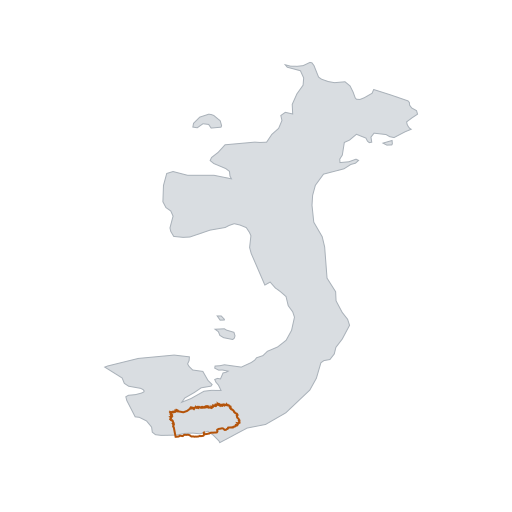 Cémaco, Emberá, Panama (highlighted), rotated 108°
{"feature_id": "35544464B97787935745550", "entity_name": "Cémaco", "entity_type": "district", "adm_level": 2, "iso_a3": "PAN", "parent_name": "Panama", "parent_adm1": "Emberá", "projection": "equal_earth", "projection_center": [-77.717, 8.422], "detail": "fine", "context": "in_parent", "style": "outline", "palette": "amber", "viewbox_px": 512, "rotation_deg": 108, "n_neighbors": 0, "source": "geoboundaries", "source_scale": "gbopen_adm2", "svg_char_len": 8653}
<svg xmlns="http://www.w3.org/2000/svg" viewBox="0 0 512 512"><g transform="rotate(108 256 256)"><path d="M444.7,232.8L443.4,234.0L439.6,241.3L437.5,247.6L442.4,254.2L443.9,261.2L446.7,268.9L451.0,276.5L455.9,290.7L457.0,296.4L455.6,300.2L451.0,302.4L446.7,309.1L445.5,317.2L446.3,321.2L433.4,334.2L430.1,336.3L427.9,334.3L425.1,327.8L421.8,322.6L420.0,320.7L419.0,320.6L418.0,321.9L417.5,324.7L419.2,336.9L417.8,341.9L413.4,345.6L408.4,365.5L406.4,363.0L389.8,336.3L375.5,303.2L372.5,288.2L376.2,287.3L379.8,287.7L381.8,285.4L384.0,281.0L382.2,270.9L389.2,263.2L391.8,258.0L393.7,258.6L398.3,267.4L404.9,272.5L413.0,279.8L418.1,281.5L411.7,273.8L400.7,263.7L397.6,257.0L394.7,247.7L390.4,251.8L388.4,255.1L386.2,257.1L384.3,254.8L383.9,251.8L377.4,251.2L375.8,248.5L374.1,246.9L374.8,252.7L376.1,256.3L375.4,260.6L373.3,260.9L371.5,256.4L369.2,252.4L366.2,235.6L358.8,227.6L355.4,225.0L352.6,224.0L348.6,218.6L343.1,215.7L335.8,207.3L326.8,201.3L315.7,199.2L302.3,200.5L297.8,203.8L294.7,208.1L293.3,210.0L285.3,214.9L282.3,221.9L280.4,227.8L276.4,234.5L280.9,238.6L255.0,261.4L249.9,264.7L238.3,267.1L235.6,269.5L232.0,274.0L231.5,280.9L232.0,286.7L235.4,291.2L238.4,294.1L245.6,307.7L258.4,324.8L260.8,331.1L262.8,340.3L258.9,344.7L255.9,346.5L243.7,347.2L239.5,351.0L237.8,356.6L233.2,361.3L217.5,365.8L205.1,366.4L201.3,361.0L200.4,346.1L192.2,320.7L190.2,303.2L188.1,305.4L183.7,307.4L182.2,311.8L181.1,324.7L179.4,329.1L176.0,328.7L169.1,324.0L159.8,319.8L148.1,292.4L146.8,287.3L144.5,281.1L135.4,278.5L127.6,273.9L119.1,273.2L114.7,275.8L110.3,272.5L109.6,265.0L100.6,268.4L89.2,267.2L79.0,264.0L71.9,265.7L66.1,271.0L66.8,284.6L65.1,287.3L64.8,281.8L62.8,275.3L60.4,270.0L55.2,264.5L55.0,262.5L57.0,259.7L66.5,251.8L67.6,248.4L67.8,241.5L66.9,234.9L62.8,225.2L65.2,219.1L70.1,214.3L75.0,210.5L75.9,208.9L75.0,205.5L72.1,202.0L65.4,195.9L61.3,195.5L61.2,178.0L61.5,159.4L62.6,157.6L65.1,156.5L67.1,153.7L68.2,148.2L71.2,146.2L76.5,150.4L81.9,154.2L84.2,152.9L85.9,151.1L87.1,149.3L87.5,147.6L91.8,152.6L100.7,161.3L101.2,165.7L100.3,169.8L102.7,181.7L107.4,183.4L112.0,181.1L113.2,183.3L112.3,185.5L109.9,187.9L109.2,198.1L116.9,202.9L120.7,207.1L133.3,205.1L138.0,206.3L141.2,205.0L137.7,196.8L133.0,190.8L133.4,188.0L137.0,190.1L139.7,194.2L145.9,199.3L157.3,217.1L170.4,221.4L180.8,220.9L190.5,218.4L206.0,211.5L217.2,199.0L226.2,193.5L255.1,181.6L265.4,169.2L269.7,167.6L273.9,166.0L283.0,156.6L287.9,149.3L293.0,145.6L308.3,148.3L318.2,151.8L325.0,151.3L331.6,153.7L334.5,159.1L337.5,161.3L353.6,160.8L366.9,163.4L395.9,179.2L413.2,194.8L422.4,211.3L444.7,232.8ZM152.9,355.9L149.1,356.4L141.3,352.4L135.7,344.7L135.3,342.2L135.4,339.6L138.5,331.8L142.7,329.0L144.3,329.1L148.2,338.2L145.5,341.7L146.6,347.3L152.2,351.5L152.9,355.9ZM339.6,268.4L338.3,272.3L335.0,263.6L335.6,261.3L335.4,253.4L338.4,251.3L340.7,251.2L342.6,252.3L343.7,261.6L342.7,265.8L339.6,268.4ZM110.1,165.8L109.4,170.1L104.1,162.3L107.2,161.0L108.4,161.2L110.1,165.8ZM328.1,270.3L325.0,274.4L323.8,270.5L326.0,266.5L326.7,266.4L328.1,270.3Z" fill="#d9dde1" stroke="#a8b0b8" stroke-width="1"/><path d="M421.7,221.3L421.6,221.5L421.1,221.2L420.7,221.3L420.6,221.5L420.5,221.0L420.3,220.7L420.1,220.6L419.8,220.6L419.6,220.3L419.1,220.8L418.8,220.6L418.7,220.7L417.7,221.0L417.8,221.3L417.7,221.5L417.4,221.4L417.2,221.2L417.0,221.4L416.6,222.0L416.1,222.4L416.0,222.6L415.8,223.1L415.7,223.6L415.3,224.1L414.9,224.3L414.6,224.3L413.9,224.9L413.7,224.7L413.1,224.8L413.0,224.7L412.9,225.0L412.4,225.2L412.2,225.1L411.9,225.5L412.0,226.2L411.7,226.8L411.7,227.4L411.5,227.8L411.4,228.1L411.2,228.3L410.9,228.5L411.0,228.7L410.8,228.9L410.7,228.8L410.5,229.1L410.1,229.6L409.7,230.1L409.7,230.6L409.4,231.3L409.4,231.6L409.5,231.7L409.4,232.2L409.2,232.2L409.2,232.5L408.8,232.7L408.5,232.9L408.6,233.3L408.4,233.3L408.0,233.4L407.9,233.7L407.7,233.5L407.1,233.7L407.1,234.0L407.0,234.6L406.5,235.3L406.6,235.6L406.5,236.1L406.8,236.3L406.4,236.9L406.5,237.0L406.7,236.9L406.8,237.3L406.8,237.7L406.6,237.7L406.7,237.9L406.6,238.0L406.8,238.0L407.1,238.2L407.2,238.4L407.2,239.2L407.4,239.4L407.1,239.5L407.0,239.3L406.9,239.5L407.0,239.8L407.4,239.9L407.2,240.1L407.3,240.2L407.5,240.3L407.3,240.8L407.9,241.0L408.0,241.6L407.9,241.8L407.8,241.6L407.7,241.9L408.0,242.2L408.3,241.7L408.2,242.0L408.2,242.4L408.4,242.3L408.7,242.1L408.7,241.5L408.9,241.6L409.0,241.8L408.9,242.2L409.0,242.4L408.9,242.6L409.0,242.8L408.8,243.5L409.0,244.0L409.5,244.0L409.3,244.7L409.0,244.5L409.1,244.8L408.8,244.9L408.6,244.8L408.7,245.4L409.1,245.5L409.1,245.8L408.5,245.7L408.3,245.2L408.1,245.5L408.1,245.8L408.7,246.2L408.6,246.4L408.8,246.3L408.9,246.0L409.1,246.1L409.0,246.6L409.4,246.5L409.6,247.2L409.3,247.3L409.3,247.5L409.6,247.9L409.8,247.7L410.0,247.7L409.8,248.2L409.8,248.4L410.2,248.3L410.2,248.1L410.4,248.1L410.5,247.9L410.8,248.2L410.8,247.8L411.0,247.7L411.2,247.8L411.4,248.4L411.3,249.1L411.3,249.3L411.2,249.4L411.0,249.2L410.9,249.4L411.0,249.6L411.3,249.9L411.7,250.1L411.4,250.4L411.4,250.5L411.9,250.3L412.1,250.5L412.2,250.4L412.4,250.6L412.6,250.5L412.9,251.6L413.2,251.2L413.4,250.9L413.6,251.1L413.8,251.0L414.1,251.1L414.3,251.4L414.4,251.5L414.3,252.0L414.2,252.2L413.9,252.2L413.6,252.3L414.2,252.3L414.5,253.2L414.4,253.8L414.9,254.2L414.9,254.4L414.8,255.0L414.4,255.0L414.0,255.4L413.8,255.3L413.8,255.9L413.9,256.1L414.1,256.1L414.4,255.7L414.6,255.8L414.6,256.4L414.1,256.5L414.2,257.1L414.5,257.2L414.9,257.1L415.0,256.8L414.9,256.1L415.0,256.0L415.4,257.0L415.4,257.7L415.8,257.5L416.0,257.7L416.1,258.1L415.7,258.4L416.1,259.1L416.5,259.4L416.3,259.8L416.6,260.0L416.5,260.3L416.3,260.1L416.0,260.1L416.0,260.3L416.3,260.9L416.3,261.5L416.4,261.2L416.6,261.1L416.8,261.1L416.7,261.5L416.9,261.6L417.0,261.6L417.3,261.4L417.4,261.8L417.2,262.1L417.3,262.8L417.1,263.5L417.7,263.7L418.0,264.0L418.4,263.9L418.4,264.7L418.0,264.3L417.7,264.3L417.5,264.6L417.5,265.0L417.9,265.4L417.9,264.9L418.0,264.8L418.5,265.4L418.5,265.6L418.3,266.2L418.8,266.0L418.8,267.0L419.1,267.2L419.3,267.6L419.7,267.8L420.5,267.6L420.8,267.7L420.3,269.0L420.3,269.9L420.7,269.6L420.9,270.1L420.4,270.3L419.9,270.0L420.0,271.2L420.8,271.5L421.4,271.3L422.4,272.1L424.6,273.6L427.0,276.7L427.1,277.0L427.2,277.7L427.6,280.9L427.7,281.2L427.4,282.3L427.9,282.1L428.0,282.3L428.0,282.5L427.5,282.6L427.1,282.9L427.2,283.2L427.1,283.7L427.4,283.6L427.4,284.0L427.8,283.9L427.9,284.0L428.0,284.2L427.8,284.6L427.9,284.9L428.2,284.7L428.6,284.4L428.9,284.4L429.2,284.6L429.4,285.1L429.3,285.5L429.4,285.8L429.6,285.9L429.9,285.9L430.1,286.0L430.2,286.6L430.0,286.9L429.8,286.5L429.7,286.5L429.6,286.8L430.2,287.2L430.3,287.5L430.8,288.1L430.8,288.5L430.9,288.4L431.1,288.3L431.0,288.5L430.9,288.6L431.0,288.7L431.0,288.8L431.3,288.9L431.3,289.1L431.5,289.0L431.7,288.4L431.6,288.2L432.0,287.9L432.1,288.3L432.1,288.5L432.2,288.4L432.3,288.6L432.3,288.4L432.2,288.1L432.7,288.2L432.7,287.5L432.6,287.3L432.7,287.2L432.8,287.2L433.0,286.9L433.2,287.0L433.2,287.5L433.5,287.5L433.5,287.0L433.5,286.7L433.9,286.7L433.8,286.8L433.7,286.8L433.8,287.1L434.3,286.8L434.4,286.4L434.6,286.5L434.7,286.4L434.9,286.4L435.0,286.6L435.0,286.8L434.8,286.9L434.9,287.3L435.1,287.4L435.2,287.6L435.3,287.7L435.5,286.7L435.8,286.7L436.4,286.7L436.7,286.7L436.9,287.1L437.8,287.1L437.9,286.5L438.4,286.1L438.5,285.0L438.2,284.8L438.4,284.4L438.7,284.1L439.3,283.7L439.5,283.7L439.8,283.3L440.1,283.1L440.3,282.7L440.5,282.6L440.6,282.8L440.9,282.7L441.1,283.0L441.4,282.4L441.8,282.0L442.0,282.1L442.0,282.5L442.3,282.4L442.4,282.5L443.2,282.0L443.8,282.1L444.6,281.1L452.8,276.6L452.6,276.0L452.1,275.0L451.9,274.3L451.4,273.6L451.1,273.3L450.6,273.2L450.4,272.9L450.0,270.4L449.9,270.0L449.6,269.8L448.7,269.4L448.3,268.9L448.0,268.3L447.6,266.8L447.0,265.5L446.9,264.8L447.0,263.5L447.4,262.4L447.6,261.6L447.5,261.2L447.0,260.1L446.9,258.7L446.5,258.0L446.3,257.1L445.5,255.1L444.5,253.8L444.4,252.8L443.4,250.8L443.0,250.4L441.7,250.1L440.7,250.9L440.4,251.1L440.2,251.0L440.7,250.7L441.1,250.1L441.2,249.4L441.0,248.9L440.4,247.6L439.5,246.3L439.5,245.9L438.6,245.0L437.9,244.2L437.3,242.2L436.7,240.9L436.2,239.4L435.8,238.7L435.0,238.5L434.6,238.5L434.0,239.0L433.2,239.2L432.0,238.1L431.4,236.8L430.4,235.1L430.3,234.7L430.2,234.2L430.4,233.6L430.7,232.8L431.1,232.2L430.7,231.0L430.3,230.7L430.1,230.6L429.4,230.1L429.2,229.6L428.2,229.3L427.9,229.5L427.7,229.4L427.6,228.9L427.3,228.3L427.2,227.7L427.0,227.4L426.9,227.1L426.6,226.7L426.7,226.2L426.3,225.2L426.2,225.0L425.8,225.1L425.3,224.7L425.2,224.2L424.8,223.4L424.1,223.1L423.6,222.5L423.3,223.1L422.8,223.0L422.4,222.6L422.3,222.1L422.1,221.9L422.3,221.4L421.7,221.3Z" fill="none" stroke="#b45309" stroke-width="2"/></g></svg>